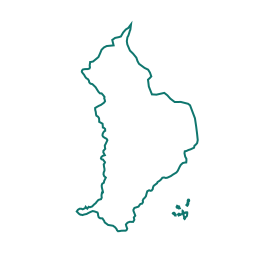 the district of Kunak, Sabah, Malaysia, rotated 78°
{"feature_id": "92858781B10132292463184", "entity_name": "Kunak", "entity_type": "district", "adm_level": 2, "iso_a3": "MYS", "parent_name": "Malaysia", "parent_adm1": "Sabah", "projection": "albers", "projection_center": [118.158, 4.693], "detail": "fine", "context": "isolated", "style": "outline", "palette": "teal", "viewbox_px": 256, "rotation_deg": 78, "n_neighbors": 0, "source": "geoboundaries", "source_scale": "gbopen_adm2", "svg_char_len": 4615}
<svg xmlns="http://www.w3.org/2000/svg" viewBox="0 0 256 256"><g transform="rotate(78 128 128)"><path d="M55.6,151.3L58.9,152.5L60.7,152.6L61.8,153.3L62.0,155.1L61.6,156.8L61.4,158.5L61.4,160.0L62.2,161.0L63.4,161.5L64.9,160.9L66.8,159.9L69.1,159.2L70.8,158.3L71.8,157.1L73.5,156.4L75.4,156.4L76.8,155.5L77.7,153.7L79.3,152.6L81.4,151.2L84.8,150.0L86.6,149.3L88.3,148.2L88.7,146.6L91.0,145.3L92.8,144.5L93.9,145.1L95.5,144.9L97.1,144.9L98.3,146.3L99.8,149.7L100.2,151.7L100.9,154.0L101.6,156.0L103.4,156.3L105.7,156.2L107.5,156.4L109.3,156.4L110.8,154.9L112.5,154.3L114.6,154.6L116.0,154.9L117.1,153.6L118.5,152.0L120.4,152.2L122.3,152.5L122.8,151.6L124.2,150.6L126.0,150.9L126.3,152.0L127.2,153.0L128.3,153.9L129.8,154.5L131.1,154.3L132.6,153.0L134.1,151.2L135.6,150.7L137.0,151.7L139.2,153.4L140.2,154.3L142.2,154.6L143.6,154.6L145.2,156.8L146.7,157.2L149.8,156.3L150.0,158.6L150.9,160.1L152.1,160.8L153.1,160.4L153.7,159.0L155.1,158.4L156.7,157.6L157.8,158.4L158.5,159.3L161.0,159.5L163.1,159.5L164.9,159.9L166.4,161.0L168.2,161.6L170.2,161.3L171.9,160.0L173.7,161.4L174.8,162.3L176.5,163.0L177.1,164.7L178.5,165.6L180.3,165.9L182.6,165.9L184.5,165.8L185.7,165.8L186.6,166.9L186.3,167.1L188.3,167.9L189.7,168.1L190.7,168.2L192.0,169.2L192.1,170.9L192.2,171.9L193.8,174.1L194.8,175.2L195.7,177.0L197.3,179.4L197.6,181.7L196.9,182.8L198.4,184.6L197.3,185.3L196.3,185.8L197.5,186.7L198.1,189.2L197.3,190.4L196.9,192.1L197.6,194.0L199.0,195.5L201.7,193.8L202.9,192.6L202.9,192.2L203.7,190.6L203.5,189.0L203.5,186.4L202.9,184.4L202.3,182.0L201.9,179.8L202.7,178.0L204.3,175.4L205.7,175.2L207.3,175.4L209.3,175.2L210.5,174.0L211.1,171.8L214.1,170.6L215.5,170.4L218.7,167.6L219.7,165.0L220.5,163.0L222.5,161.2L224.5,160.2L225.7,160.0L226.9,159.2L227.1,157.4L227.1,155.8L227.9,151.8L227.7,150.8L226.3,149.7L223.5,150.1L221.9,150.1L220.5,148.1L220.1,145.9L220.9,142.5L219.1,140.9L216.7,140.9L215.3,139.1L213.9,139.3L210.1,139.9L209.1,139.7L207.5,138.3L207.3,136.1L207.1,134.1L206.1,133.1L204.9,131.7L204.9,129.9L203.5,128.7L202.1,128.7L200.7,127.7L199.7,126.1L198.5,124.7L196.1,123.5L193.9,122.3L193.3,120.3L194.1,119.1L194.1,117.9L192.9,116.5L191.3,115.9L189.9,114.9L188.1,111.1L187.0,110.3L186.2,108.1L185.3,106.5L183.8,104.7L183.9,103.0L184.7,101.5L184.8,99.9L183.9,96.0L182.9,93.7L181.6,89.9L180.3,88.3L178.9,87.2L176.7,85.5L175.1,84.1L173.7,81.8L173.6,80.0L173.8,78.2L171.9,77.6L170.2,77.3L167.9,78.0L164.4,78.0L162.6,77.3L162.6,75.5L162.1,73.5L161.9,71.3L161.0,67.5L159.2,66.7L158.2,64.9L157.1,63.5L154.3,62.3L147.7,61.6L140.5,61.0L132.4,60.5L118.7,62.6L116.8,64.2L113.5,70.9L112.3,76.9L108.1,80.5L104.2,82.7L101.2,85.2L101.3,93.2L100.1,97.6L91.8,99.0L88.5,98.7L84.9,98.4L83.8,96.5L82.4,94.5L78.4,95.0L75.1,96.2L72.7,99.3L67.5,103.9L64.5,104.8L61.0,105.2L56.3,107.6L52.7,110.0L46.1,111.3L42.8,111.1L39.1,109.7L37.8,108.5L36.1,107.5L33.2,105.9L32.4,105.3L27.2,103.5L30.2,106.9L31.2,109.7L33.6,112.9L37.0,115.9L37.2,118.1L37.2,121.9L38.6,125.1L44.2,124.9L43.4,131.8L44.2,134.8L46.0,137.6L49.5,140.0L52.5,142.2L55.7,148.4L55.7,150.8L55.6,151.3ZM228.6,91.2L228.4,91.1L228.1,90.8L227.4,90.5L226.9,89.8L226.7,89.1L226.3,88.7L225.4,88.3L224.5,88.0L224.0,87.8L223.3,87.7L222.9,87.6L222.7,87.8L222.9,88.1L223.1,88.2L223.0,88.6L222.6,89.0L222.5,89.4L222.8,89.6L223.0,89.9L223.1,90.3L223.0,90.7L222.5,91.0L222.7,91.5L222.8,91.7L222.8,91.8L222.0,91.6L221.1,91.5L220.5,91.6L220.3,91.8L220.8,92.0L221.3,92.0L221.7,92.1L222.7,92.4L223.0,92.6L223.7,92.2L224.1,91.9L224.5,91.7L224.9,91.8L225.6,91.7L226.4,91.5L227.0,91.6L227.4,91.8L227.9,92.0L228.8,91.6L228.6,91.2ZM213.5,84.6L213.0,84.4L212.6,83.9L212.3,83.5L211.9,83.3L211.4,83.2L210.8,83.3L210.6,83.7L210.6,84.1L211.1,84.5L211.4,84.7L211.7,84.8L212.3,84.8L213.2,85.1L213.5,85.4L214.3,85.7L214.7,86.0L215.1,86.2L215.5,86.9L216.0,86.6L216.4,86.1L215.7,85.4L215.3,85.4L215.1,85.0L214.7,84.7L214.0,84.7L213.5,84.6ZM217.3,94.0L216.9,94.1L216.5,94.3L216.2,94.4L215.6,94.3L215.4,94.3L215.3,94.5L215.5,94.8L215.5,95.4L215.4,95.7L214.5,95.8L214.3,96.1L214.6,96.3L215.0,96.3L215.4,96.2L215.4,96.4L215.5,96.9L216.0,96.8L216.3,96.4L216.4,96.1L216.4,95.7L216.7,95.5L217.2,95.2L217.2,94.9L217.3,94.6L217.3,94.0ZM221.4,101.6L221.7,101.3L221.9,100.9L222.2,100.7L222.7,100.5L223.3,100.3L223.5,99.6L223.2,99.5L222.5,99.7L221.8,99.9L221.2,100.0L221.0,100.4L220.5,100.5L220.4,100.7L220.4,101.0L220.5,101.5L220.8,101.9L221.4,101.6ZM223.4,96.8L223.8,96.7L224.1,96.6L223.9,95.8L223.9,95.4L223.9,94.9L223.9,94.6L223.6,94.3L223.3,94.4L223.3,94.7L223.4,95.2L223.4,95.4L222.9,95.7L222.5,95.8L222.4,96.0L222.7,96.3L222.8,96.6L222.9,97.1L223.4,96.8Z" fill="none" stroke="#0f766e" stroke-width="2"/></g></svg>